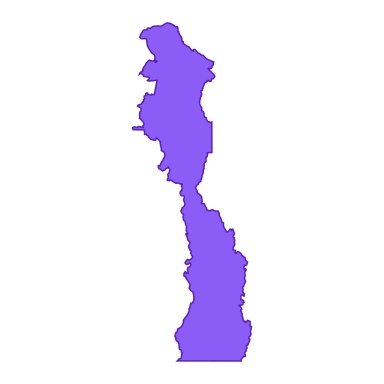 Anapu, Pará, Brazil
{"feature_id": "56859067B83873357566696", "entity_name": "Anapu", "entity_type": "district", "adm_level": 2, "iso_a3": "BRA", "parent_name": "Brazil", "parent_adm1": "Pará", "projection": "robinson", "projection_center": [-51.328, -3.947], "detail": "fine", "context": "isolated", "style": "filled", "palette": "violet", "viewbox_px": 384, "rotation_deg": 0, "n_neighbors": 0, "source": "geoboundaries", "source_scale": "gbopen_adm2", "svg_char_len": 5981}
<svg xmlns="http://www.w3.org/2000/svg" viewBox="0 0 384 384"><path d="M214.4,75.3L208.1,68.6L208.7,68.1L209.4,68.7L211.5,68.2L212.0,67.4L211.9,66.2L213.3,64.9L213.4,62.7L213.8,62.1L206.5,58.9L203.2,55.4L201.7,55.2L199.5,53.5L198.4,53.2L194.8,49.4L193.3,49.7L193.1,51.1L192.3,51.2L189.1,47.0L187.6,46.5L183.2,43.4L183.3,41.7L181.7,41.1L182.0,39.9L181.7,37.9L181.0,37.3L181.1,36.7L179.1,33.9L178.7,31.8L178.0,32.0L177.8,31.6L178.0,29.5L177.5,26.8L176.9,26.6L175.7,27.0L174.0,25.4L170.1,23.3L166.5,23.0L161.7,26.0L160.2,26.2L158.0,25.9L153.8,26.3L152.7,26.6L150.5,28.3L147.7,28.0L146.3,29.9L144.1,29.9L143.3,30.4L140.8,34.3L139.8,37.3L140.0,37.7L141.8,38.8L145.2,38.6L146.6,39.1L147.2,44.9L148.2,47.6L151.7,53.0L154.2,54.7L155.0,56.7L154.8,59.1L155.8,60.5L157.0,61.4L156.1,62.2L154.9,61.7L154.1,60.5L153.6,61.0L152.3,61.1L149.6,60.2L148.4,60.5L147.3,62.5L146.4,62.7L145.5,64.8L143.5,67.5L142.7,69.6L142.6,70.2L143.1,70.5L140.1,72.6L139.5,74.1L140.4,73.5L141.4,73.7L142.5,74.2L143.8,76.4L149.2,77.3L149.5,77.7L149.3,78.8L147.4,80.5L148.0,81.0L149.6,80.8L149.9,81.1L150.8,80.7L153.3,80.7L156.6,80.1L157.1,80.2L157.0,80.8L154.3,94.4L152.4,94.6L151.7,94.2L151.1,95.1L149.4,95.0L147.7,93.8L147.4,93.5L147.6,93.2L146.9,92.9L146.2,93.2L145.6,93.8L145.8,95.2L145.3,95.8L144.3,96.0L144.0,96.8L144.5,98.6L143.9,99.6L143.4,99.8L143.6,101.3L142.3,102.0L142.3,102.6L141.3,104.1L138.1,105.1L137.5,106.0L141.1,108.3L141.1,110.5L140.6,111.5L140.0,111.8L139.5,113.8L139.8,117.1L139.4,118.1L139.5,118.5L140.7,119.0L143.5,122.4L144.1,124.6L142.8,126.1L143.0,127.3L139.0,126.5L138.4,126.5L137.0,127.5L134.1,126.9L132.8,127.4L132.5,128.6L133.1,129.7L144.1,129.9L144.6,132.7L144.5,134.4L146.3,134.1L146.7,135.1L148.0,135.7L148.9,137.4L150.7,139.1L153.8,140.2L155.2,140.3L155.7,140.1L156.3,138.0L156.6,137.8L159.7,140.9L160.4,142.4L160.2,143.5L161.3,148.3L161.2,150.3L162.2,151.2L164.0,152.0L165.0,155.1L164.6,157.0L163.4,158.7L162.7,160.7L161.6,161.5L160.1,165.8L158.8,165.4L158.1,165.9L158.5,167.9L159.2,168.8L160.4,169.3L162.5,171.0L164.7,170.0L166.4,168.5L167.9,167.7L168.3,167.0L169.9,169.8L169.0,173.0L167.8,174.2L168.3,177.7L167.3,179.5L167.4,180.5L169.3,180.7L170.5,179.9L175.6,183.2L178.8,183.1L180.3,184.1L181.8,183.8L182.2,184.4L181.4,185.9L182.1,187.3L181.8,190.4L181.6,190.9L180.7,191.0L180.2,191.9L180.1,193.4L180.7,194.9L181.4,195.7L183.8,195.8L184.4,197.3L183.5,199.9L185.0,203.6L184.2,206.3L182.1,207.9L181.8,209.4L180.8,210.8L181.8,213.0L183.0,213.9L183.5,215.4L183.1,216.9L183.5,220.0L184.9,221.2L185.7,224.7L186.6,226.3L186.2,230.5L188.0,233.9L187.4,234.5L186.6,233.7L185.9,233.8L185.9,234.3L187.4,237.8L187.9,240.0L190.0,242.5L188.5,246.6L189.6,249.6L191.2,251.1L190.6,253.1L191.3,254.0L191.7,255.6L192.7,256.7L192.2,257.8L190.9,259.2L189.4,260.0L187.3,259.5L185.3,262.0L185.1,262.9L185.6,263.8L186.8,264.4L188.1,264.2L189.8,262.8L190.6,263.5L190.9,264.9L190.2,266.2L187.9,267.6L187.6,268.3L187.4,269.7L188.1,273.1L186.5,273.5L186.0,272.1L185.5,271.7L184.8,272.0L184.0,273.4L183.9,275.9L184.9,276.5L186.9,279.2L189.8,283.9L189.9,286.0L189.1,288.0L190.8,290.5L193.0,292.1L193.9,296.8L193.9,299.7L192.6,302.8L191.0,303.2L190.5,304.2L189.9,307.5L189.0,309.0L189.2,310.7L187.6,314.5L183.5,320.0L183.2,323.3L182.1,325.6L180.3,327.7L177.9,328.7L176.9,332.3L176.0,332.5L175.3,334.1L174.9,336.5L175.8,337.5L175.9,339.9L176.4,340.7L178.2,342.1L179.0,344.0L179.3,348.6L179.6,349.4L181.4,350.3L181.3,352.2L181.6,352.8L182.4,353.1L181.5,354.8L181.4,357.5L180.2,358.9L178.7,359.1L178.5,359.9L177.3,360.9L241.2,361.0L240.9,360.1L242.4,357.7L243.5,356.5L245.1,356.5L245.4,356.1L245.3,354.7L244.6,353.2L244.9,352.3L246.1,351.1L246.2,349.2L246.9,348.7L246.9,346.9L246.5,346.7L246.4,345.9L246.8,345.1L247.7,345.1L249.7,340.5L249.8,338.9L248.8,338.2L248.8,337.2L250.4,335.9L251.0,334.2L250.5,331.5L251.5,327.1L250.9,326.3L250.1,326.2L250.1,321.4L247.4,320.3L246.9,321.7L245.8,322.4L245.4,322.3L245.3,321.4L243.4,320.8L242.7,317.2L242.0,315.8L242.4,314.1L241.5,313.4L241.6,312.1L240.7,310.5L241.7,309.6L241.7,308.7L241.1,307.6L239.1,305.4L239.3,305.0L240.9,305.2L242.9,304.7L242.9,303.0L244.1,302.2L243.5,300.6L241.8,299.5L240.9,299.6L240.8,297.1L241.0,295.8L242.1,294.6L243.5,296.0L244.3,296.0L244.2,294.1L244.5,293.8L243.8,293.4L242.8,291.6L243.1,289.5L242.5,287.3L243.5,286.4L245.6,281.1L244.9,279.9L244.9,278.9L244.4,278.4L245.1,275.8L244.8,272.0L246.2,269.7L245.6,268.7L245.0,268.8L244.6,269.4L244.1,269.0L243.8,267.3L244.6,265.5L246.7,264.9L247.5,262.2L245.4,259.8L245.5,259.0L244.9,257.3L242.7,256.4L242.7,255.7L242.1,255.6L241.2,253.9L239.8,252.5L238.2,251.7L237.1,252.1L235.8,253.5L235.2,252.2L235.5,250.8L235.2,250.2L233.2,250.0L233.0,248.1L234.6,245.1L234.8,243.8L234.4,242.2L234.8,240.2L234.0,238.9L234.3,237.8L233.3,237.4L233.1,236.8L234.5,233.7L232.9,229.3L232.5,229.1L231.7,230.2L231.3,229.5L230.2,229.0L227.9,232.0L226.6,231.8L223.9,227.4L223.5,225.4L223.5,222.8L221.8,222.0L221.2,219.3L219.3,215.7L219.2,213.1L218.1,211.0L217.1,211.2L214.2,210.7L212.6,209.6L208.9,210.9L207.9,210.3L207.0,210.4L206.4,207.8L204.9,205.6L204.6,204.1L203.8,203.4L201.7,203.6L201.5,202.4L202.2,201.5L201.7,197.2L200.9,195.7L199.7,195.0L199.7,194.5L197.5,192.9L196.9,190.2L195.8,188.4L195.8,186.8L197.2,184.8L198.2,184.4L198.9,182.6L200.8,181.4L200.4,180.3L201.2,179.7L202.0,177.1L201.7,176.4L203.2,172.9L203.3,170.9L202.9,170.2L204.2,168.8L203.7,167.3L204.2,166.1L204.2,163.2L206.1,161.2L205.9,158.4L206.1,157.2L207.2,156.5L207.6,153.9L207.2,153.2L207.5,152.7L211.9,152.6L211.8,122.0L210.3,122.5L209.3,121.9L208.3,121.9L207.6,121.3L206.4,119.3L206.3,117.8L204.8,117.0L204.2,116.1L203.8,114.0L204.1,113.4L203.1,111.4L201.6,110.4L201.9,108.2L200.0,105.0L199.5,102.3L200.5,96.9L201.2,96.3L201.2,95.4L201.6,95.0L201.8,93.4L200.9,92.3L200.8,91.3L201.2,90.7L202.2,90.5L202.4,88.9L203.0,88.2L202.9,87.2L204.3,84.5L204.4,83.3L206.1,82.3L206.9,80.9L207.3,81.2L208.1,80.4L208.9,80.7L209.2,81.4L211.0,81.2L211.7,78.9L212.8,78.9L214.3,77.6L214.8,76.4L214.4,75.3Z" fill="#8b5cf6" stroke="#5b21b6" stroke-width="1.5"/></svg>